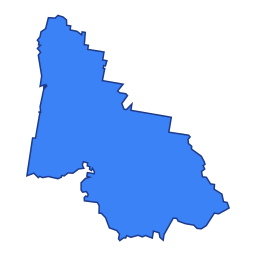 Muswellbrook, New South Wales, Australia, rotated 270°
{"feature_id": "25037944B88537048948574", "entity_name": "Muswellbrook", "entity_type": "district", "adm_level": 2, "iso_a3": "AUS", "parent_name": "Australia", "parent_adm1": "New South Wales", "projection": "orthographic", "projection_center": [150.528, -32.488], "detail": "medium", "context": "isolated", "style": "filled", "palette": "blue", "viewbox_px": 256, "rotation_deg": 270, "n_neighbors": 0, "source": "geoboundaries", "source_scale": "gbopen_adm2", "svg_char_len": 1807}
<svg xmlns="http://www.w3.org/2000/svg" viewBox="0 0 256 256"><g transform="rotate(270 128 128)"><path d="M48.0,229.1L53.5,227.2L54.3,223.5L61.9,221.9L66.7,214.2L71.5,214.5L72.1,210.5L78.7,206.4L79.2,202.5L84.4,201.5L87.0,204.7L90.4,203.1L91.7,205.0L94.1,204.3L99.8,201.3L106.9,191.5L109.7,191.7L112.4,188.5L116.6,188.0L119.1,190.1L120.8,188.6L123.8,168.8L138.7,171.3L145.7,130.9L152.0,131.9L146.4,126.4L146.8,124.0L152.5,121.8L160.4,127.5L162.3,125.8L163.2,119.7L165.0,117.6L171.8,123.1L175.4,102.4L187.4,104.7L187.6,103.2L190.4,103.7L190.1,105.4L195.3,106.9L196.0,102.7L204.0,104.0L206.6,87.7L210.7,88.4L211.3,84.3L223.6,85.3L224.1,82.1L221.1,81.6L224.7,77.0L226.1,70.1L230.1,70.7L230.7,66.7L236.1,66.5L238.9,63.2L240.6,58.0L237.9,55.1L238.3,48.4L227.3,45.6L224.2,41.0L219.1,40.0L215.8,37.3L213.8,39.0L211.1,38.5L210.7,40.5L207.6,37.4L203.8,40.6L200.8,38.3L180.0,41.7L169.6,40.1L171.1,43.9L168.4,43.8L171.4,46.0L170.1,46.8L166.9,43.8L149.4,40.1L143.7,40.6L144.2,38.5L143.3,39.9L117.9,35.5L118.0,32.6L80.2,26.9L82.8,33.9L78.4,38.3L79.7,39.7L78.4,42.6L79.5,48.3L77.3,57.9L78.7,61.2L80.5,61.7L80.1,64.2L83.1,68.1L82.8,72.9L87.1,78.7L87.7,83.8L91.0,82.3L94.3,83.4L93.1,87.7L90.2,87.2L89.2,89.9L86.7,89.5L85.5,91.4L87.7,92.5L84.0,94.5L82.3,94.2L83.4,87.4L79.8,86.8L78.8,89.6L77.6,85.4L73.2,81.1L65.9,81.1L63.8,82.7L64.4,86.3L61.5,88.2L59.4,87.5L59.9,85.6L58.3,84.2L55.2,84.4L53.5,97.5L50.2,99.2L42.9,99.0L42.6,101.5L38.3,105.6L28.1,109.4L25.5,116.7L22.0,119.5L17.2,118.5L15.4,119.8L18.2,123.6L18.0,125.7L20.4,126.7L18.7,130.9L20.7,138.1L19.1,142.3L20.5,145.5L17.9,152.3L24.9,153.4L23.3,159.0L18.5,160.0L15.8,163.2L21.4,164.0L37.8,173.2L37.6,176.8L34.9,178.1L32.3,185.5L30.9,193.8L27.6,197.0L27.2,201.3L30.4,206.3L42.9,214.3L42.2,218.6L48.0,229.1Z" fill="#3b82f6" stroke="#1e3a8a" stroke-width="1.5"/></g></svg>